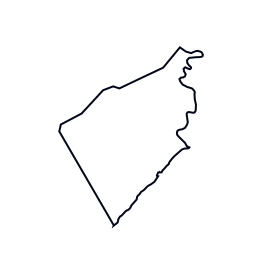 Jefferson, West Virginia, United States of America, rotated 20°
{"feature_id": "52423323B80125448855540", "entity_name": "Jefferson", "entity_type": "district", "adm_level": 2, "iso_a3": "USA", "parent_name": "United States of America", "parent_adm1": "West Virginia", "projection": "albers", "projection_center": [-77.789, 39.316], "detail": "fine", "context": "isolated", "style": "outline", "palette": "ink", "viewbox_px": 256, "rotation_deg": 20, "n_neighbors": 0, "source": "geoboundaries", "source_scale": "gbopen_adm2", "svg_char_len": 1593}
<svg xmlns="http://www.w3.org/2000/svg" viewBox="0 0 256 256"><g transform="rotate(20 128 128)"><path d="M148.0,224.4L148.0,224.5L150.5,220.5L150.5,219.0L150.2,217.6L150.2,216.4L150.8,213.9L152.0,212.4L154.1,207.3L154.9,206.0L155.8,205.4L157.1,203.4L157.4,202.5L157.7,200.5L157.6,199.7L160.4,192.7L160.5,191.9L160.1,189.1L160.3,188.6L161.7,185.6L162.1,183.6L164.1,180.9L166.2,176.3L167.2,174.8L168.5,173.5L171.2,169.6L171.4,168.8L172.8,163.0L171.5,163.0L171.4,162.8L171.5,159.9L171.6,159.5L172.1,159.3L172.6,158.6L173.2,158.8L174.7,158.2L175.1,155.8L175.3,155.4L176.3,153.1L176.5,152.6L177.6,149.7L177.8,149.4L178.6,148.3L178.6,147.9L178.5,146.7L178.8,145.1L179.8,142.0L181.0,139.0L186.0,129.8L188.0,128.1L191.4,126.6L192.1,126.0L192.3,125.2L189.6,125.0L186.7,122.5L178.6,118.8L176.8,117.8L175.7,116.1L175.4,114.0L176.3,112.5L179.7,110.4L181.5,108.4L182.3,104.9L182.2,102.1L178.5,95.2L178.3,94.5L178.5,93.2L179.0,92.6L180.0,92.1L183.6,91.5L184.7,91.1L185.4,90.2L185.6,89.2L185.4,87.6L183.9,82.9L180.9,78.1L178.8,73.2L178.6,71.6L177.9,70.8L176.3,69.7L174.4,68.9L169.8,69.2L164.5,68.5L161.4,66.5L159.6,64.4L160.6,62.5L162.4,61.7L163.9,60.0L163.8,57.7L161.1,55.4L160.0,53.3L161.0,51.4L164.6,51.7L166.1,51.5L166.7,50.5L166.5,49.4L163.7,48.2L161.3,46.4L160.3,44.0L161.5,41.2L167.1,38.5L171.0,36.9L172.9,35.8L173.5,34.9L173.3,33.5L171.3,31.7L169.9,31.5L167.0,31.7L165.9,32.3L164.1,33.7L161.8,36.0L156.4,36.4L149.5,34.6L149.2,34.5L140.4,59.3L124.9,74.9L106.4,93.7L99.8,94.0L91.7,101.0L79.5,130.2L63.7,147.7L64.6,154.8L64.8,154.9L148.0,224.4Z" fill="none" stroke="#020617" stroke-width="2"/></g></svg>